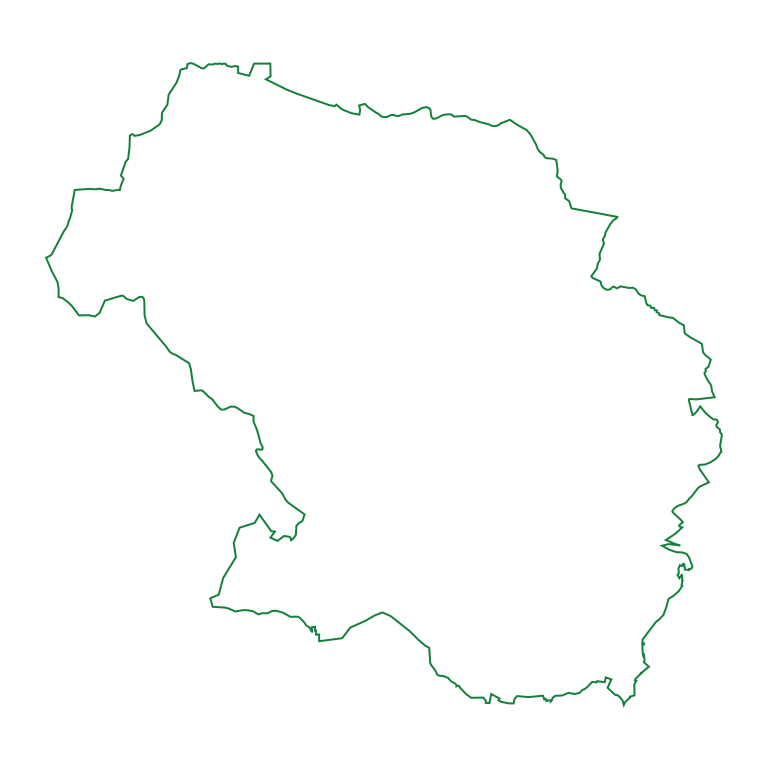 Palmito, Sucre, Colombia
{"feature_id": "7082276B68418970079428", "entity_name": "Palmito", "entity_type": "district", "adm_level": 2, "iso_a3": "COL", "parent_name": "Colombia", "parent_adm1": "Sucre", "projection": "albers", "projection_center": [-75.556, 9.333], "detail": "fine", "context": "isolated", "style": "outline", "palette": "green", "viewbox_px": 768, "rotation_deg": 0, "n_neighbors": 0, "source": "geoboundaries", "source_scale": "gbopen_adm2", "svg_char_len": 6069}
<svg xmlns="http://www.w3.org/2000/svg" viewBox="0 0 768 768"><path d="M319.2,641.2L342.2,638.2L350.4,627.5L365.0,621.0L374.4,615.6L382.3,612.4L390.5,616.0L409.7,631.1L418.8,640.2L425.4,645.8L429.2,647.8L430.2,662.9L431.0,664.8L435.2,670.3L437.2,674.5L439.1,675.7L443.7,676.1L448.0,677.9L451.0,681.3L455.1,683.5L456.6,685.2L456.5,686.2L457.3,685.7L459.1,685.9L459.9,687.5L466.1,694.1L471.2,697.8L483.2,697.6L485.9,700.8L485.8,702.9L489.5,703.0L491.2,694.0L499.5,698.5L498.4,700.1L500.8,701.7L508.7,703.4L513.7,703.4L514.5,698.9L517.1,696.1L528.6,697.1L542.9,695.7L544.3,699.4L545.2,698.7L547.2,700.1L546.7,700.9L550.8,700.2L550.8,701.5L551.6,700.8L552.7,697.7L555.4,695.8L562.3,695.5L568.6,692.8L574.4,694.0L579.4,693.0L582.6,689.8L584.1,689.4L586.9,687.4L592.2,681.9L596.3,682.4L596.9,681.2L604.7,682.2L605.8,677.4L611.3,679.4L607.6,687.7L615.1,694.9L617.3,695.1L619.6,696.8L622.7,700.8L623.8,705.0L625.2,702.0L630.1,697.5L629.9,696.6L634.5,695.4L634.3,684.3L636.3,680.9L634.9,680.4L635.3,679.1L639.4,675.1L640.9,673.0L641.5,673.4L642.3,672.1L648.9,666.7L643.9,662.3L644.5,660.4L644.4,658.1L643.7,653.4L643.1,655.0L642.8,653.8L642.4,647.3L642.4,644.7L643.9,644.5L643.7,643.0L642.3,643.1L642.6,639.5L655.9,622.0L659.4,619.2L663.4,615.0L666.3,607.3L668.6,598.8L673.1,596.1L678.7,591.2L682.3,585.9L681.5,585.2L682.6,580.6L682.1,580.4L682.2,575.3L681.7,574.9L679.3,578.2L677.5,574.8L678.9,573.2L678.4,568.7L680.0,565.1L681.4,566.0L683.5,563.7L684.5,564.6L683.6,566.2L684.8,567.0L684.9,569.6L689.1,570.0L689.1,568.9L691.5,568.6L692.4,566.6L689.0,557.3L686.6,553.9L682.2,552.4L676.6,552.2L669.4,549.8L662.1,545.7L668.7,544.1L680.4,545.5L674.8,543.8L665.9,540.0L675.8,533.4L682.2,527.4L679.2,526.2L679.5,524.9L682.9,522.2L679.5,518.5L673.7,513.3L672.6,512.0L672.4,510.9L674.2,508.5L677.3,506.1L684.8,503.3L686.9,501.8L689.1,498.7L691.2,496.9L697.9,488.2L699.8,486.6L708.9,482.3L700.0,469.7L698.4,465.9L698.7,465.3L700.1,464.8L704.9,464.5L710.5,462.3L715.5,459.0L718.1,456.5L720.2,453.0L721.4,452.0L720.1,445.8L721.9,434.8L720.1,432.2L719.9,429.6L716.6,426.7L716.3,425.0L718.0,422.0L716.9,419.8L713.4,419.3L710.7,417.4L705.5,412.9L700.2,406.4L696.3,412.1L693.1,415.0L692.4,415.0L688.9,400.3L689.0,399.3L689.9,399.0L696.2,399.4L714.6,397.3L712.0,391.3L711.4,386.7L710.5,384.3L707.2,379.3L704.8,374.6L704.5,373.0L705.9,371.1L705.5,369.0L708.5,366.8L710.8,359.6L704.5,354.3L703.0,352.1L702.0,344.4L701.5,343.6L690.3,337.3L684.7,333.4L683.9,325.3L679.0,322.7L672.6,317.7L669.4,317.5L659.3,315.1L659.2,313.4L656.6,312.1L656.8,310.4L654.8,310.2L654.0,307.8L651.4,308.0L650.2,305.6L647.7,305.3L646.6,303.9L644.7,296.2L640.9,295.3L638.5,293.6L635.8,289.4L633.2,287.8L628.5,287.9L620.7,286.4L616.9,288.3L613.7,286.6L611.7,287.7L610.2,289.3L607.9,289.8L605.9,289.4L603.3,287.8L601.4,285.1L600.5,281.5L592.7,278.0L591.3,276.2L596.3,269.4L597.2,267.5L597.8,263.6L599.4,260.9L600.0,259.1L599.5,254.8L600.2,252.2L603.9,243.9L602.9,239.4L604.8,235.9L605.6,232.4L610.0,224.5L612.9,220.7L617.0,217.8L617.3,216.9L571.7,208.4L571.1,207.6L569.5,201.9L568.9,200.9L565.1,198.3L565.2,194.2L563.4,192.8L562.9,191.2L561.5,189.2L560.7,186.9L560.7,184.2L561.6,181.5L561.3,180.0L556.9,176.4L557.7,170.7L556.3,160.0L552.5,158.6L546.1,158.2L544.4,156.7L543.8,155.1L539.8,151.9L537.8,149.2L536.1,144.6L530.4,134.3L526.7,130.1L517.1,124.7L509.8,119.8L501.4,123.1L497.8,125.5L494.7,126.2L491.7,125.8L488.5,124.2L480.3,122.2L474.6,120.0L471.3,119.7L467.2,116.8L465.1,115.9L454.2,116.6L450.8,114.3L446.7,114.4L443.2,114.9L436.5,118.3L433.4,118.9L431.8,117.4L431.2,116.0L430.4,109.7L429.7,108.5L426.4,107.1L422.1,107.9L414.3,112.4L409.8,113.9L402.9,114.4L398.7,116.0L395.5,115.8L393.7,114.9L390.5,115.2L387.1,116.9L384.0,117.1L381.2,116.3L378.4,113.8L376.6,113.0L368.0,107.1L364.9,103.9L359.1,105.5L360.2,110.2L359.3,114.6L354.3,113.7L351.1,113.1L342.9,109.7L340.6,108.3L336.5,104.6L334.7,106.2L328.9,105.0L297.7,94.0L286.9,89.7L265.9,79.3L270.6,76.4L270.3,63.6L254.1,63.6L249.1,75.8L238.1,73.0L238.1,66.6L235.2,66.0L231.9,66.8L229.6,66.5L227.0,65.6L225.6,63.8L223.1,63.6L222.1,64.3L219.8,63.4L217.8,64.0L214.6,63.6L212.9,64.6L208.6,64.3L204.3,68.1L202.7,68.4L201.6,68.2L193.7,63.9L190.1,63.0L187.5,64.2L186.9,68.0L181.8,69.3L180.2,70.4L179.4,75.2L176.5,82.7L168.7,94.6L167.4,104.7L162.4,112.1L161.9,113.7L161.8,120.1L159.6,124.4L150.9,130.5L139.8,135.0L134.4,135.9L132.8,134.2L132.0,134.2L129.9,135.5L129.5,147.5L128.1,159.0L125.8,161.6L120.9,175.5L123.6,178.8L120.9,185.5L119.9,190.0L118.5,189.8L112.4,190.9L108.7,190.0L106.2,190.1L99.5,188.6L95.8,189.3L89.9,188.9L74.8,189.9L71.7,206.5L71.8,209.4L72.3,209.7L70.3,217.4L68.6,221.4L67.3,226.3L64.0,231.0L51.8,254.2L50.6,255.5L46.1,257.7L51.5,270.5L57.5,282.1L58.6,288.4L58.6,297.1L62.6,298.1L68.1,302.3L71.8,305.9L79.0,315.4L88.3,315.2L95.0,316.5L99.6,312.9L104.9,300.6L120.7,295.9L123.0,295.7L127.0,299.1L133.3,300.9L139.1,297.1L141.4,296.8L142.9,297.3L143.8,298.8L144.3,301.1L144.6,315.4L146.6,323.4L166.3,346.8L169.6,351.6L172.1,353.5L176.1,355.1L189.2,363.3L190.9,369.4L192.5,381.2L194.5,390.9L200.7,390.4L202.6,390.7L209.0,397.1L212.2,399.2L217.7,406.4L220.6,409.2L221.9,409.7L224.4,409.5L230.5,406.7L234.0,406.6L237.0,407.8L244.4,412.8L249.0,414.0L253.6,416.0L253.5,421.6L257.0,429.8L260.6,443.1L262.7,447.3L262.6,448.8L261.8,449.8L258.8,449.3L256.6,449.5L256.0,450.5L256.3,452.2L257.6,455.2L259.9,458.6L261.9,460.4L271.0,471.9L272.5,475.7L271.2,480.1L271.2,481.4L282.1,493.2L285.6,499.7L288.4,502.8L304.6,514.4L302.3,521.2L298.9,523.1L296.4,525.9L295.9,534.6L293.9,537.9L291.2,540.2L290.7,538.1L289.5,536.8L284.0,536.0L277.5,540.9L270.4,537.6L274.9,531.6L271.2,531.1L259.5,514.7L254.7,522.9L239.6,527.7L233.7,542.8L235.9,557.2L223.2,578.0L218.7,594.7L210.3,598.2L212.7,606.8L225.2,607.6L228.9,608.6L235.2,611.5L243.4,610.1L248.1,610.3L253.0,611.3L258.4,614.4L261.9,613.3L267.4,613.2L272.2,611.0L276.4,610.8L283.1,612.7L290.3,616.8L298.0,616.7L299.9,617.8L304.3,622.5L306.2,625.4L309.2,627.3L311.9,631.7L312.2,631.7L311.8,627.2L315.0,626.8L315.0,630.7L316.1,630.7L316.1,634.7L319.1,634.5L319.2,641.2Z" fill="none" stroke="#15803d" stroke-width="2"/></svg>